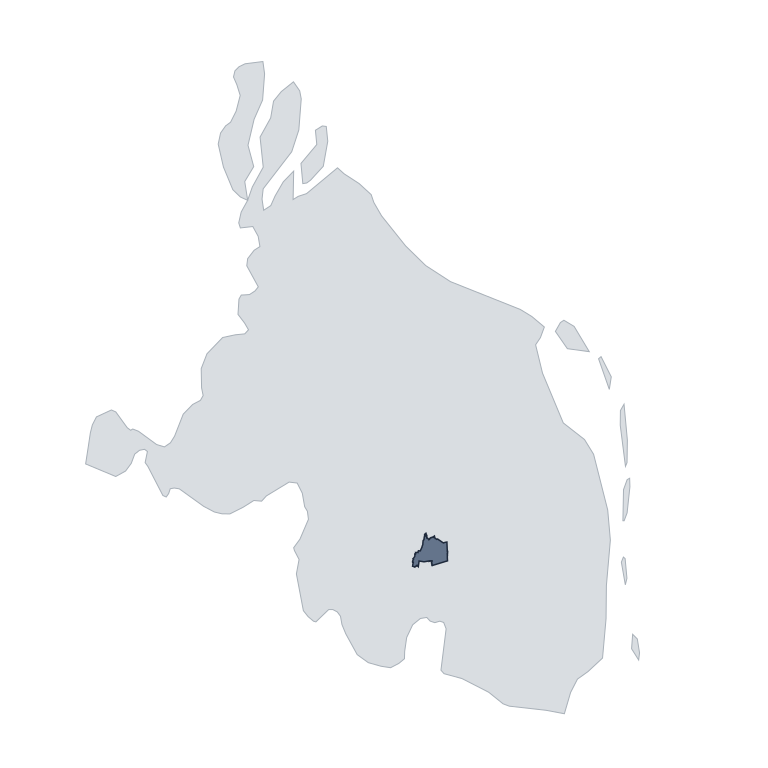 Dalfsen, Overijssel, Netherlands shown in context, rotated 97°
{"feature_id": "6326949B30235192202446", "entity_name": "Dalfsen", "entity_type": "district", "adm_level": 2, "iso_a3": "NLD", "parent_name": "Netherlands", "parent_adm1": "Overijssel", "projection": "equal_earth", "projection_center": [6.266, 52.512], "detail": "fine", "context": "in_parent", "style": "filled", "palette": "slate", "viewbox_px": 768, "rotation_deg": 97, "n_neighbors": 0, "source": "geoboundaries", "source_scale": "gbopen_adm2", "svg_char_len": 6255}
<svg xmlns="http://www.w3.org/2000/svg" viewBox="0 0 768 768"><g transform="rotate(97 384 384)"><path d="M499.7,670.4L483.5,669.9L468.3,669.5L460.2,668.5L451.7,665.4L447.8,659.1L443.0,651.4L444.4,646.8L458.7,633.5L460.8,629.8L459.3,627.9L460.8,622.0L471.8,602.3L473.2,594.3L468.4,588.8L461.3,585.5L438.4,579.6L427.6,571.4L422.6,564.2L417.5,562.1L410.0,564.6L391.0,567.3L375.6,563.4L357.5,549.8L353.3,537.6L351.2,528.3L346.7,525.1L340.5,529.8L332.7,537.4L317.4,538.3L313.1,536.5L312.4,532.4L311.6,528.4L307.4,523.4L302.9,520.6L283.4,534.6L276.2,534.6L267.1,529.2L262.7,523.9L252.7,526.9L243.7,533.4L246.6,545.6L241.8,547.8L230.7,546.7L218.3,541.7L204.5,538.7L183.5,530.3L154.0,537.1L133.7,528.9L116.7,528.1L106.3,521.6L95.1,510.7L103.3,503.4L111.1,500.9L142.2,499.5L164.7,503.9L205.0,527.7L215.3,527.6L226.2,524.6L220.7,518.1L210.6,515.0L195.6,508.6L183.7,499.6L212.0,496.7L208.2,492.0L204.5,484.1L175.1,456.5L180.3,449.1L188.1,433.1L197.6,419.8L205.1,416.2L217.4,406.9L244.3,379.4L261.4,357.0L274.3,330.5L293.4,257.8L299.0,245.5L307.9,231.8L318.9,234.4L326.6,238.3L353.9,228.0L400.8,201.3L414.7,178.2L428.2,167.4L481.8,146.6L511.4,140.3L557.0,138.7L589.9,135.0L629.4,133.7L644.6,146.5L653.3,156.0L667.4,161.2L689.3,164.8L688.1,183.4L688.5,220.4L686.9,226.9L677.2,242.5L666.9,270.6L664.2,289.1L661.1,292.6L619.4,292.5L613.4,295.7L612.6,299.7L614.7,304.5L613.7,309.3L610.5,313.1L612.3,319.3L619.5,326.2L632.8,330.6L646.9,330.9L654.2,330.2L659.5,335.2L664.8,342.9L664.5,352.6L662.5,365.6L655.9,377.6L636.6,391.5L627.9,396.4L619.8,398.9L615.9,402.6L614.1,407.3L614.6,411.4L628.4,422.6L628.0,425.1L624.1,431.0L618.8,436.4L583.2,447.8L568.5,446.9L560.2,452.6L557.5,453.7L548.2,448.5L527.5,442.5L519.7,444.5L515.4,447.8L502.3,451.8L492.9,458.1L492.9,466.2L509.4,487.1L515.2,491.2L515.5,499.0L523.5,508.8L531.7,521.1L532.6,528.9L531.7,536.8L527.4,548.1L513.0,574.4L512.8,579.5L514.0,583.4L519.0,584.4L522.7,586.4L521.6,589.9L494.6,608.3L491.1,611.5L479.8,610.6L478.0,613.7L479.6,618.6L484.0,622.9L493.6,625.2L501.9,629.9L508.5,639.0L499.7,670.4ZM218.3,541.7L215.9,549.3L209.6,557.7L188.2,569.8L166.1,577.8L154.8,576.8L147.0,572.6L142.9,568.2L131.2,564.0L115.1,561.9L104.9,566.5L97.6,570.8L91.3,570.1L86.7,566.5L83.1,560.9L78.7,543.5L90.8,540.3L116.9,539.1L137.1,545.2L163.6,548.1L184.1,539.8L200.0,546.9L218.3,541.7ZM175.3,470.8L190.6,481.7L193.9,485.2L195.0,489.0L175.2,493.3L154.5,479.9L140.5,483.0L135.4,476.7L135.4,472.7L149.9,469.4L175.3,470.8ZM326.6,206.3L310.9,220.3L301.5,216.4L298.8,213.2L303.7,202.3L326.9,184.2L326.6,206.3ZM396.1,144.5L381.5,146.1L374.8,143.3L410.1,135.6L432.4,133.2L436.3,134.3L396.1,144.5ZM490.6,130.2L459.7,133.4L449.3,131.0L447.6,128.7L456.0,127.4L482.3,127.0L490.5,129.0L490.6,130.2ZM361.9,159.7L332.8,174.1L330.4,171.9L349.2,159.3L361.9,159.7ZM616.6,106.0L602.1,106.7L606.2,101.5L619.7,97.6L626.9,97.6L616.6,106.0ZM553.9,120.0L531.9,126.7L526.6,125.3L527.9,123.4L547.2,119.2L553.9,120.0Z" fill="#d9dde1" stroke="#a8b0b8" stroke-width="1"/><path d="M527.0,324.2L528.1,325.2L528.2,325.3L528.3,325.3L528.5,325.3L528.9,325.4L529.3,324.9L529.8,325.1L530.2,325.2L530.4,325.2L530.7,325.3L530.8,325.4L531.0,325.4L531.3,325.4L531.5,325.4L531.8,325.4L532.1,325.4L532.4,325.3L532.6,325.3L532.8,325.4L533.1,325.3L533.3,325.3L533.6,325.4L533.7,325.5L533.8,325.5L534.2,325.7L534.2,325.8L534.7,326.1L535.0,326.1L537.6,326.0L538.5,325.9L539.1,326.0L540.5,326.4L541.2,326.4L541.4,326.4L541.5,326.5L544.4,327.4L544.9,327.5L545.2,327.6L545.3,328.3L545.3,328.6L545.3,329.3L545.3,329.5L545.7,329.6L545.8,329.6L546.2,329.7L546.5,329.7L546.9,329.7L547.1,329.7L547.0,330.3L547.0,330.5L547.1,330.8L547.4,331.5L547.4,331.8L547.4,332.1L547.8,332.0L548.3,332.0L548.3,331.9L549.0,332.0L549.0,332.3L549.0,332.7L551.0,332.4L551.7,332.6L551.8,332.6L553.2,333.4L553.9,333.9L554.0,334.0L554.4,333.7L554.5,333.4L555.5,333.8L556.5,334.0L556.6,333.7L557.5,333.8L557.6,333.2L558.3,333.3L559.5,333.4L561.4,333.4L561.4,333.2L561.6,332.4L562.0,331.1L561.5,331.0L561.5,330.9L560.7,329.5L560.7,329.4L560.2,329.6L559.9,329.1L560.0,329.0L561.1,327.7L555.4,327.6L555.6,322.7L555.3,321.5L554.7,319.6L554.4,318.6L554.1,317.7L554.5,317.6L554.3,317.3L554.2,317.3L554.2,317.2L554.3,317.1L554.3,316.9L554.2,316.9L553.9,316.8L553.9,316.7L553.8,316.4L554.0,316.0L554.0,315.9L553.9,315.8L553.9,315.7L553.7,315.5L553.7,315.3L553.7,315.2L553.7,314.9L553.7,314.7L553.8,314.7L554.0,314.7L554.5,314.7L554.7,314.8L554.8,314.8L555.4,315.0L555.5,315.1L555.8,315.1L556.1,314.9L556.2,314.7L556.3,314.7L556.5,314.5L556.7,314.4L556.8,314.4L556.8,314.5L557.1,314.6L557.3,314.5L557.6,314.4L558.2,314.3L558.3,314.3L558.4,314.2L558.3,313.8L558.2,313.6L558.0,313.4L557.9,313.4L557.8,312.9L557.5,312.3L557.3,311.8L556.6,310.2L556.0,308.9L555.8,308.4L555.4,307.5L554.8,306.2L554.4,305.3L553.7,303.7L552.6,301.3L552.5,301.1L552.4,300.7L551.8,299.4L549.1,299.9L547.7,300.1L546.6,300.2L546.2,300.1L546.1,300.3L545.6,300.4L545.2,300.4L544.7,300.5L544.7,300.3L544.2,300.3L543.8,300.3L543.7,300.3L543.2,300.4L542.8,300.4L542.8,300.5L542.2,300.5L542.1,300.9L541.6,300.9L540.3,301.1L539.4,301.3L539.2,301.3L538.0,301.5L533.2,302.3L533.4,303.0L533.5,303.0L533.6,303.6L533.8,304.2L534.4,305.5L534.5,305.6L533.9,307.0L533.7,307.3L532.4,309.8L532.3,310.0L532.2,310.3L531.8,311.0L531.7,311.2L531.3,311.8L531.4,311.7L531.3,311.9L531.8,312.8L531.2,313.7L531.1,314.0L530.9,314.2L531.0,314.4L530.8,314.5L530.7,314.6L530.2,315.0L530.2,315.3L530.1,315.2L529.5,315.2L528.9,315.3L528.7,315.4L529.0,315.7L529.1,315.8L530.4,317.6L530.5,317.8L530.4,317.8L530.4,318.0L530.6,318.3L530.8,318.4L530.8,318.6L530.8,318.8L531.0,318.9L531.0,319.0L531.2,319.3L531.3,319.3L531.5,319.4L531.5,319.5L531.8,319.6L532.0,319.7L532.0,319.8L532.3,319.9L532.4,320.0L532.6,319.9L532.8,320.0L532.8,320.3L532.9,320.5L532.7,320.5L532.9,320.9L533.1,320.9L532.9,320.9L532.7,321.0L532.4,321.1L532.2,321.3L532.0,321.6L531.9,321.7L531.9,321.8L531.7,322.0L531.8,322.1L531.9,322.5L531.7,322.7L531.4,322.7L531.3,322.9L531.2,322.9L530.6,323.0L530.5,322.9L530.3,322.9L530.2,322.9L530.2,323.0L530.1,323.3L530.0,323.2L529.9,323.2L529.4,323.1L529.4,323.5L529.1,323.5L529.0,323.4L528.9,323.4L528.9,323.5L528.7,323.7L528.4,323.6L528.2,323.9L527.8,323.9L527.6,323.9L527.4,324.0L527.0,324.2L527.0,324.2Z" fill="#64748b" stroke="#1e293b" stroke-width="1.5"/></g></svg>